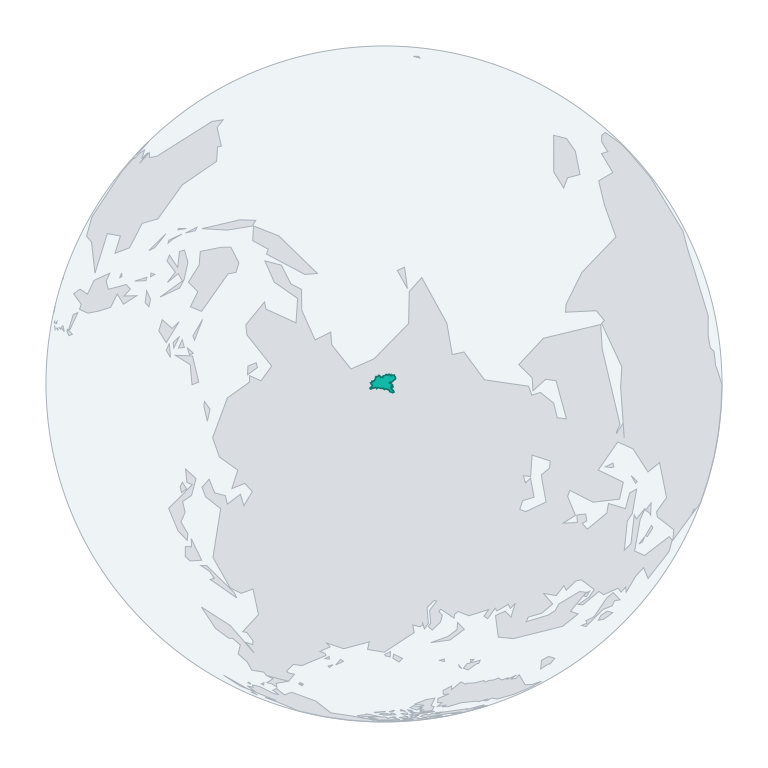 the Earth from above Bihar, rotated 175°
{"feature_id": "IND-3258", "entity_name": "Bihar", "entity_type": "State", "adm_level": 1, "iso_a3": "IND", "parent_name": "India", "parent_adm1": "", "projection": "orthographic", "projection_center": [85.594, 25.909], "detail": "fine", "context": "on_globe", "style": "filled", "palette": "teal", "viewbox_px": 768, "rotation_deg": 175, "n_neighbors": 0, "source": "natural_earth", "source_scale": "10m", "svg_char_len": 15160}
<svg xmlns="http://www.w3.org/2000/svg" viewBox="0 0 768 768"><g transform="rotate(175 384 384)"><circle cx="384" cy="384" r="338" fill="#eef3f6" stroke="#a8b0b8"/><path d="M498.1,65.9L497.9,65.9L514.8,74.9L529.8,82.1L518.9,78.0L553.9,95.9L569.3,108.0L545.9,91.9L538.9,88.6L546.4,95.1L540.8,93.3L541.2,95.7L533.9,93.3L520.8,85.2L515.9,83.8L521.4,88.6L517.6,90.0L510.2,83.0L502.8,85.0L479.5,74.0L465.6,61.0L446.7,56.5L416.5,48.4L413.3,48.7L399.8,47.2L391.0,47.2L387.9,46.6L383.6,47.4L388.1,48.0L387.8,48.7L383.0,49.1L378.2,48.1L379.9,47.7L376.0,47.7L375.7,47.2L373.2,47.7L367.9,47.0L366.1,48.4L356.0,48.6L354.4,48.0L363.8,47.1L372.8,46.3L398.3,46.4L423.7,48.4L448.9,52.4L473.8,58.2L498.1,65.9ZM541.8,88.4L537.1,85.1L543.6,89.0L541.8,88.4ZM542.6,96.5L545.7,98.2L544.6,98.8L542.6,96.5ZM532.4,96.0L529.6,97.0L530.2,94.5L532.4,96.0ZM364.9,46.6L363.4,46.9L347.0,48.1L351.2,47.7L364.9,46.6ZM526.6,96.7L520.2,100.1L526.5,103.8L504.9,96.2L517.5,95.2L517.2,91.3L521.5,94.9L526.6,96.7ZM391.6,48.1L386.6,47.4L395.2,47.8L391.6,48.1ZM397.2,48.2L424.1,50.0L429.1,51.9L419.1,50.5L429.2,53.3L418.4,53.2L410.5,51.7L409.3,50.4L406.1,51.5L397.2,48.2ZM494.1,92.0L490.6,92.0L491.7,90.5L494.1,92.0ZM388.3,49.1L393.3,49.0L398.0,50.4L388.9,50.9L390.3,50.2L388.3,49.1ZM437.1,54.4L439.0,56.0L430.8,56.2L430.4,57.0L418.6,53.4L437.1,54.4ZM386.8,50.1L384.2,51.3L377.6,51.1L383.8,49.3L386.8,50.1ZM403.1,50.7L404.9,51.6L400.9,51.2L403.1,50.7ZM352.9,52.2L358.8,51.4L361.7,52.0L352.9,52.2ZM383.6,51.7L385.9,51.8L387.7,52.1L384.7,52.9L383.6,51.7ZM413.7,54.1L409.9,54.1L418.1,55.5L412.3,56.2L405.5,53.9L406.0,55.2L404.2,55.5L400.6,53.5L413.7,54.1ZM387.1,54.9L376.4,53.0L364.8,54.0L361.9,53.3L380.9,52.0L387.1,54.9ZM395.3,54.1L389.5,54.3L388.8,53.1L392.3,52.2L395.3,54.1ZM410.8,57.7L421.5,57.2L422.6,57.8L410.8,57.7ZM383.9,55.3L386.5,55.8L383.1,55.5L383.9,55.3ZM402.7,57.1L406.3,56.7L407.5,57.3L402.7,57.1ZM388.8,57.3L385.4,56.6L387.6,55.8L388.8,57.3ZM395.3,57.4L396.1,58.4L390.5,56.0L396.7,57.1L395.3,57.4ZM403.3,57.8L405.1,58.0L401.6,57.9L403.3,57.8ZM382.2,61.1L374.7,58.3L379.7,56.4L386.3,59.3L382.2,61.1ZM79.4,237.7L109.9,203.2L108.0,213.6L123.3,227.8L123.6,233.1L112.4,246.2L116.3,281.6L128.7,273.4L141.6,297.7L156.2,305.9L178.1,279.6L154.2,265.4L159.4,248.8L186.0,248.0L208.2,261.9L210.9,256.0L204.7,236.5L217.7,229.8L203.4,229.1L203.3,236.7L194.4,236.9L193.9,230.1L198.6,227.7L194.1,221.6L173.2,236.1L170.8,245.4L154.3,238.8L148.8,254.0L141.5,257.3L148.0,233.1L153.5,226.5L159.1,197.4L151.9,203.5L146.1,231.8L144.3,227.6L134.5,237.7L140.6,226.7L148.9,195.7L139.3,190.5L113.2,207.1L110.5,203.5L114.5,192.4L137.9,167.2L141.4,178.4L149.7,171.0L160.9,155.4L161.0,160.6L166.0,156.0L168.5,160.2L183.6,155.0L187.9,158.6L205.2,146.7L209.7,147.4L198.2,153.9L192.5,161.0L204.5,171.8L210.1,171.0L220.4,162.7L222.4,167.4L230.8,158.2L243.3,161.4L235.1,150.2L246.9,141.9L260.6,139.2L263.0,134.8L240.8,139.4L233.2,143.3L229.1,149.6L207.2,160.2L200.7,158.9L218.0,141.3L210.6,138.0L227.3,127.0L277.2,119.1L292.2,121.9L293.1,143.6L283.1,147.1L277.8,140.7L272.3,154.2L277.7,149.4L279.4,153.7L291.2,148.1L292.9,150.9L301.2,141.1L304.6,144.0L299.3,150.2L319.6,145.7L329.9,150.9L333.6,148.6L334.7,144.7L347.0,154.7L349.2,152.6L346.0,148.5L348.4,142.0L357.4,134.7L361.1,138.5L358.4,141.6L358.3,154.5L350.4,163.1L352.9,164.0L360.6,157.6L360.7,141.7L365.1,136.4L366.5,143.4L366.3,140.4L369.6,139.0L376.4,141.5L375.6,133.7L407.2,116.8L423.5,121.0L421.2,128.4L447.2,123.8L463.6,130.9L460.6,126.8L471.1,123.1L466.1,120.7L465.5,118.6L490.1,110.7L498.8,112.5L506.1,106.4L504.6,104.6L498.6,102.7L504.9,96.2L526.5,103.8L528.8,107.4L540.7,110.5L544.4,118.8L552.8,127.9L549.9,136.6L556.9,143.8L560.8,144.3L573.2,155.3L585.3,177.7L558.4,157.0L536.8,127.4L544.2,138.7L537.4,135.8L536.9,139.9L542.5,148.5L546.3,149.6L529.1,165.2L532.4,191.2L544.6,187.9L555.1,194.5L569.5,226.1L557.6,274.0L571.5,287.2L574.3,297.0L566.5,304.4L562.2,290.3L551.8,286.6L550.5,278.0L536.6,286.7L534.2,275.0L524.5,288.4L531.4,297.1L544.6,293.1L537.2,311.0L554.3,325.6L559.4,345.4L541.2,383.8L517.9,397.5L517.2,404.0L506.3,397.9L494.3,411.6L516.3,444.9L516.5,455.0L495.9,476.1L495.0,468.8L466.3,452.6L462.6,476.8L484.4,495.0L491.9,517.0L475.9,511.3L468.0,491.8L457.9,485.5L459.5,464.6L448.8,433.9L432.5,440.3L432.7,427.6L415.6,401.8L391.6,410.0L354.2,442.1L350.8,473.9L337.1,486.7L316.1,439.1L313.4,407.3L301.6,408.9L283.5,379.4L240.2,369.2L237.7,360.1L228.8,361.9L216.6,350.1L214.4,335.3L205.3,333.4L212.3,372.3L222.5,374.6L236.2,364.3L235.8,377.2L248.0,391.6L221.1,415.7L162.9,424.4L163.6,399.8L152.4,323.1L156.3,316.6L156.5,315.8L156.8,314.2L149.2,324.1L149.4,309.5L148.5,360.4L145.6,380.4L162.0,425.5L158.9,428.1L166.1,438.5L196.9,439.7L195.7,447.4L177.2,477.9L140.1,510.3L148.8,543.1L152.4,567.7L137.6,574.7L147.3,594.6L140.8,596.0L146.0,606.1L145.5,612.7L141.7,615.3L126.1,601.9L118.5,591.9L100.6,566.6L72.9,510.3L69.8,492.1L65.6,473.5L55.1,423.6L56.9,403.9L55.8,391.6L52.4,387.7L52.0,373.1L50.7,369.0L47.4,353.9L50.5,329.8L55.2,306.1L61.6,282.7L69.7,259.9L79.4,237.7ZM88.8,227.8L85.5,233.2L88.8,227.8ZM225.1,292.8L242.7,300.3L246.0,279.1L253.1,280.5L251.7,273.1L246.2,277.5L244.4,258.1L256.0,255.7L259.7,247.3L253.9,244.5L232.9,252.3L235.3,279.7L226.5,285.7L225.1,292.8ZM191.1,130.0L188.1,134.5L181.4,138.2L176.1,136.2L185.7,130.5L191.1,130.0ZM185.4,140.4L204.1,124.8L208.2,126.3L202.7,128.0L203.5,130.5L195.0,133.9L180.6,151.6L173.8,156.2L167.6,148.4L173.3,148.0L175.9,143.1L185.4,140.4ZM244.7,90.8L252.8,86.4L251.1,95.0L243.7,98.3L237.8,95.8L243.2,90.5L244.7,90.8ZM341.4,49.8L344.6,49.2L346.0,49.2L344.3,49.8L341.4,49.8ZM355.4,51.8L328.7,53.3L331.0,52.4L312.6,55.6L311.5,54.8L323.5,52.5L308.9,54.8L319.4,52.5L308.8,54.6L335.6,49.7L344.4,48.5L335.0,50.0L335.6,50.7L338.6,50.6L353.5,49.8L372.7,48.4L376.4,49.6L374.0,50.9L369.9,51.4L368.8,50.2L364.2,51.8L359.4,50.6L355.4,51.8ZM343.0,77.2L343.3,73.6L333.3,80.5L328.5,77.7L327.6,78.7L320.4,78.3L310.2,79.8L309.4,78.1L305.7,79.5L300.9,79.6L295.6,81.1L292.3,78.9L285.6,80.7L287.9,78.8L277.2,82.6L283.6,78.9L278.0,79.3L274.7,82.7L269.6,72.0L262.5,71.8L253.0,74.2L265.3,68.7L282.1,63.5L299.0,60.2L304.1,61.8L308.8,59.5L312.6,59.8L307.3,61.4L317.7,59.2L319.4,60.0L334.5,59.8L348.4,57.0L354.3,57.3L349.7,58.8L358.8,58.1L354.1,61.4L358.2,61.9L357.7,66.0L346.5,69.5L352.0,69.8L351.8,73.6L343.0,77.2ZM381.7,62.3L369.4,66.0L360.7,66.6L365.2,59.2L362.1,58.4L364.7,54.6L377.2,54.1L375.3,55.1L376.4,56.0L372.1,55.8L376.4,56.7L373.9,58.3L376.6,59.6L371.8,60.4L381.7,62.3ZM129.8,230.3L131.1,232.9L134.4,235.4L128.3,242.3L129.8,230.3ZM134.9,209.1L136.9,209.9L129.9,219.8L128.6,217.4L134.9,209.1ZM144.0,202.4L137.6,209.2L140.3,204.1L144.0,202.4ZM200.7,154.6L203.6,155.4L201.6,157.7L197.2,159.8L200.7,154.6ZM312.3,100.4L313.9,97.4L316.2,97.2L325.3,91.8L329.6,93.9L325.8,98.1L312.3,100.4ZM170.6,282.2L162.9,285.3L162.2,281.3L165.0,281.0L170.6,282.2ZM142.0,263.1L145.7,271.1L140.3,264.9L142.0,263.1ZM318.5,101.8L321.8,99.2L321.9,102.0L318.5,101.8ZM333.3,95.3L334.4,98.1L331.2,93.6L333.3,95.3ZM320.0,705.6L326.3,707.9L320.7,707.3L320.0,705.6ZM196.4,580.4L193.3,617.0L180.8,612.6L173.1,599.3L170.5,575.6L183.2,573.4L187.9,563.6L196.4,580.4ZM567.3,556.1L575.8,555.5L575.3,556.9L567.3,556.1ZM558.6,553.2L568.5,551.7L556.6,556.5L558.6,553.2ZM572.3,551.0L582.4,546.3L586.8,543.1L585.8,546.0L572.3,551.0ZM551.7,554.6L513.1,560.1L497.5,558.2L501.5,552.8L526.8,551.0L551.7,554.6ZM500.2,552.8L475.9,540.7L440.7,499.9L453.3,500.1L489.8,523.7L487.5,528.3L502.3,538.3L500.2,552.8ZM557.8,518.5L555.4,532.1L534.4,534.4L524.6,533.6L518.0,517.3L521.7,508.1L529.8,507.3L559.4,472.3L570.1,477.8L561.4,492.2L570.0,502.5L557.8,518.5ZM352.4,477.0L360.8,496.0L353.3,498.6L352.4,477.0ZM570.2,448.5L559.1,464.2L568.9,444.2L570.2,448.5ZM575.3,430.2L576.6,437.0L571.2,431.2L575.3,430.2ZM518.0,413.7L509.5,416.3L508.7,411.4L519.1,405.1L518.0,413.7ZM563.2,362.3L565.3,377.0L564.4,382.2L559.5,374.1L563.2,362.3ZM359.9,122.3L342.3,126.9L332.6,133.0L331.5,140.1L325.4,132.6L340.6,123.2L359.9,122.3ZM400.9,116.8L401.7,111.5L406.4,113.1L406.8,114.6L400.9,116.8ZM397.9,114.0L389.5,109.0L393.2,105.7L399.1,110.2L397.9,114.0ZM353.4,103.8L347.9,104.8L347.9,102.4L353.4,103.8ZM597.1,646.2L603.9,639.6L611.0,634.1L602.1,642.1L597.1,646.2ZM590.3,630.7L532.3,660.6L521.3,661.2L527.9,654.0L525.3,635.1L529.2,634.8L531.3,620.5L567.7,599.9L594.9,568.2L610.9,565.1L625.6,541.9L640.6,537.6L633.7,554.5L646.5,557.9L662.3,519.5L663.0,550.9L667.5,557.2L660.3,576.1L626.0,619.4L613.0,631.5L613.6,629.9L607.3,635.4L602.2,637.9L605.6,629.6L599.1,635.0L608.2,625.1L597.6,635.1L597.8,630.0L590.3,630.7ZM693.9,518.6L694.9,516.3L695.2,515.6L695.2,515.8L693.9,518.6ZM705.0,489.7L705.5,487.9L705.3,488.5L705.0,489.7ZM705.5,487.8L706.9,483.4L705.8,487.0L705.5,487.8ZM706.2,475.9L707.1,473.1L707.1,474.2L706.2,475.9ZM588.1,552.7L600.4,539.9L606.6,537.4L588.1,552.7ZM706.0,473.1L704.3,474.9L704.8,472.7L706.0,473.1ZM706.8,468.4L706.9,465.8L707.0,471.0L706.8,468.4ZM704.1,466.1L705.7,468.6L703.8,467.0L704.1,466.1ZM702.6,468.3L701.1,467.8L701.3,466.8L702.6,468.3ZM678.6,489.8L685.3,500.9L678.6,505.0L671.5,499.4L663.8,512.5L647.5,518.3L651.9,510.7L650.3,502.4L632.1,505.5L628.4,500.7L635.3,494.3L622.6,493.5L636.6,486.2L641.9,496.9L649.6,484.2L661.9,481.5L673.0,480.4L680.8,485.0L678.6,489.8ZM635.7,513.8L638.0,513.0L635.7,517.4L635.7,513.8ZM698.0,464.1L700.3,467.8L699.9,469.6L698.6,469.8L698.0,464.1ZM682.8,481.8L691.8,466.1L693.6,465.0L687.5,480.3L682.8,481.8ZM690.1,460.7L693.7,459.6L695.3,464.1L694.5,466.2L690.1,460.7ZM607.2,511.2L606.5,514.8L602.7,513.1L607.2,511.2ZM612.2,507.7L623.4,508.2L611.0,511.0L612.2,507.7ZM575.8,504.3L579.4,511.9L590.9,504.0L582.1,513.6L589.4,525.4L586.5,531.1L579.4,518.2L576.1,533.9L571.0,534.7L568.7,522.3L574.1,505.3L579.2,497.5L599.5,490.1L575.8,504.3ZM612.3,497.6L609.2,488.7L611.4,481.5L614.8,485.8L612.3,497.6ZM599.3,467.3L590.2,457.8L582.6,464.0L597.3,444.2L603.7,456.6L599.3,467.3ZM590.5,443.6L583.5,449.3L590.3,438.2L590.5,443.6ZM581.2,445.8L579.7,437.8L585.6,437.7L581.2,445.8ZM594.3,443.1L594.4,429.0L598.0,436.5L594.3,443.1ZM575.3,420.1L589.3,430.8L572.3,428.6L568.4,402.1L575.3,400.0L575.3,420.1ZM593.4,303.8L589.8,296.7L595.2,293.5L596.1,299.3L593.4,303.8ZM609.4,278.9L595.5,290.4L583.7,300.6L588.9,303.0L589.1,316.6L579.5,306.2L585.4,289.8L594.9,284.5L593.3,273.5L598.3,264.4L592.4,251.8L593.7,245.4L601.9,255.5L609.4,278.9ZM589.5,246.7L581.0,224.3L592.6,224.6L597.0,229.5L596.0,239.4L590.0,238.6L589.5,246.7ZM582.4,219.2L576.5,218.5L551.6,189.5L549.2,183.7L574.2,204.5L570.0,205.2L574.1,212.6L582.4,219.2ZM493.3,93.8L490.8,92.1L494.6,93.2L493.3,93.8ZM462.5,117.4L462.3,114.7L466.8,115.6L462.5,117.4ZM464.2,107.9L459.3,108.8L462.9,106.3L464.2,107.9ZM448.6,111.3L456.6,108.3L451.2,113.5L448.6,111.3Z" fill="#d9dde1" stroke="#a8b0b8" stroke-width="1"/><path d="M394.7,381.1L395.0,380.9L395.2,381.0L395.3,381.0L395.4,380.7L395.5,380.7L395.7,380.8L395.8,380.8L395.9,380.6L396.0,380.6L396.3,380.9L396.3,381.0L396.6,381.2L396.9,381.0L397.1,380.7L397.1,380.4L397.1,380.2L397.4,380.2L397.7,380.1L397.8,380.1L397.7,380.4L397.9,380.5L398.2,380.8L398.0,381.0L398.3,381.1L398.3,381.3L398.1,381.4L397.9,381.6L397.7,381.6L397.1,382.2L396.9,382.3L396.8,382.5L396.6,382.5L396.4,382.8L396.0,383.1L395.9,383.2L395.9,383.3L395.8,383.5L395.8,383.8L395.7,383.8L395.7,384.1L396.0,384.3L396.2,384.5L396.3,384.7L396.4,384.8L396.5,384.9L396.8,385.1L397.0,385.2L397.1,385.6L397.0,386.0L397.2,386.3L396.8,386.3L396.7,386.2L396.4,386.2L396.2,386.3L396.0,386.5L395.6,386.7L395.6,386.8L395.5,387.0L395.8,387.2L395.9,387.5L396.0,387.6L395.9,387.8L395.7,388.0L395.6,387.9L395.4,387.8L395.1,387.8L394.7,387.7L394.3,387.4L394.0,387.6L393.9,387.7L393.9,387.9L393.8,388.2L393.7,388.2L393.4,388.1L393.1,388.2L393.1,388.3L392.9,388.9L392.7,388.9L392.3,389.1L392.2,389.4L392.1,389.5L392.2,390.1L392.1,390.3L391.9,390.6L391.9,390.8L391.9,391.1L391.9,391.3L391.8,391.6L391.6,391.8L391.3,391.7L391.1,391.6L391.0,391.9L391.0,392.1L390.5,392.0L390.4,391.8L390.2,391.8L389.9,392.0L389.7,392.0L389.4,391.9L388.8,392.4L388.8,392.6L388.8,392.8L388.7,392.9L388.7,393.1L388.4,393.2L388.1,392.9L387.7,392.7L387.8,392.4L387.8,392.1L387.7,392.0L387.4,391.9L387.2,392.0L386.9,391.9L386.8,391.7L386.8,391.3L386.7,391.2L386.4,391.1L386.4,390.9L386.0,391.1L385.7,391.1L385.4,390.8L385.3,390.7L384.8,390.7L384.7,390.7L384.6,390.9L384.5,391.1L384.5,391.4L384.3,391.4L384.4,391.7L384.4,391.9L384.3,392.0L384.1,392.0L383.9,392.0L383.6,392.3L383.4,392.3L383.2,392.3L382.9,392.3L382.3,392.4L382.3,392.5L381.7,392.7L381.7,392.8L381.3,393.2L381.2,393.2L381.3,393.0L381.3,392.9L381.2,392.9L380.9,393.1L380.7,393.2L380.3,393.2L380.2,393.1L380.1,392.7L379.9,392.7L379.9,392.4L379.7,392.3L379.1,392.7L379.0,393.0L378.7,393.0L378.6,392.9L378.5,393.0L378.4,393.2L378.3,393.3L378.2,393.4L377.9,393.3L377.8,393.2L377.4,392.9L377.1,392.6L377.2,392.3L377.1,392.1L376.9,392.2L376.7,392.2L376.5,392.3L376.4,392.4L376.4,392.2L376.2,392.4L375.7,391.5L375.6,391.4L375.5,391.5L375.4,391.7L375.3,391.8L375.2,391.9L375.1,392.0L374.6,392.0L374.4,392.0L374.2,392.2L373.8,392.2L373.0,392.0L372.9,392.0L372.9,391.7L372.8,391.2L372.9,390.8L372.8,390.7L372.6,390.6L372.4,390.4L372.2,390.2L372.0,389.9L372.1,389.7L372.1,389.3L371.9,388.9L372.0,388.2L372.2,387.9L372.7,387.6L372.9,387.5L374.3,386.7L374.5,386.6L374.5,386.4L374.9,386.3L375.0,386.2L375.5,385.7L375.8,385.3L376.3,385.0L376.5,384.9L376.7,385.0L376.7,385.3L376.8,385.5L377.0,385.5L377.2,385.4L377.3,385.3L377.2,385.1L377.4,384.8L377.5,384.8L377.9,385.1L378.1,385.2L378.3,385.2L378.7,385.0L378.7,384.9L378.8,384.8L378.8,384.7L378.7,384.6L378.4,384.3L378.0,384.2L377.7,384.1L377.6,383.9L377.4,383.8L377.0,383.9L376.9,383.8L376.7,383.6L376.6,383.3L376.4,383.2L375.9,382.8L375.8,382.5L375.7,382.3L375.5,382.2L375.6,381.9L376.0,381.9L376.5,381.8L376.6,381.7L376.4,381.4L376.6,381.2L376.0,380.9L375.7,380.6L375.4,380.7L375.2,380.7L375.2,380.3L375.2,380.2L375.3,380.2L375.4,380.3L375.5,380.2L375.9,380.1L376.0,379.9L376.1,379.7L376.5,379.6L376.8,379.6L377.6,379.7L377.6,379.4L377.2,379.0L376.9,379.0L376.9,378.9L376.9,378.4L376.8,378.2L376.6,378.2L376.4,378.3L376.2,378.1L375.8,377.5L375.8,377.3L375.8,377.2L375.6,377.0L375.5,376.8L375.3,376.6L375.3,376.2L375.2,376.0L375.0,375.9L375.1,375.6L374.9,375.6L375.0,375.4L375.0,375.2L374.8,375.0L374.8,374.9L375.3,374.9L375.5,374.9L375.8,374.8L376.1,374.5L376.3,374.5L376.5,374.7L376.6,374.9L376.8,374.9L376.9,375.0L377.1,375.2L377.2,375.3L378.7,375.6L378.8,375.7L379.0,375.9L379.1,376.4L379.1,376.6L379.1,376.8L378.9,377.2L378.9,377.3L379.0,377.4L379.6,377.6L379.8,377.5L380.0,377.6L380.5,377.8L380.6,378.2L381.0,378.3L381.0,378.5L381.4,378.4L381.5,378.4L381.7,378.8L381.9,379.0L382.4,379.1L382.6,379.1L382.9,378.8L383.1,378.8L383.6,378.6L384.0,378.4L384.5,378.7L384.6,378.8L384.6,379.0L384.6,379.4L384.6,379.6L385.0,379.9L385.2,380.1L385.4,380.0L385.9,379.7L386.2,379.6L386.4,379.7L386.8,379.9L387.2,380.0L387.3,379.9L387.6,379.8L387.8,379.9L387.8,380.0L388.0,380.0L388.5,380.2L388.8,380.3L389.1,380.6L389.4,380.8L389.8,381.0L390.0,380.8L390.3,380.9L390.5,380.9L390.7,380.6L390.8,380.5L390.9,380.4L391.3,380.3L391.6,380.0L391.8,380.7L391.9,380.9L392.0,381.0L392.6,381.0L393.0,381.4L393.3,381.0L393.5,380.9L394.0,380.9L394.3,381.1L394.5,381.2L394.7,381.1Z" fill="#14b8a6" stroke="#0f766e" stroke-width="1.5"/></g></svg>